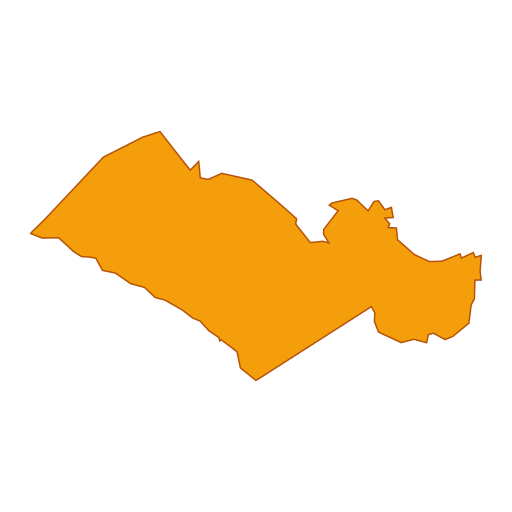 Orangeburg, South Carolina, United States of America
{"feature_id": "52423323B42791453202127", "entity_name": "Orangeburg", "entity_type": "district", "adm_level": 2, "iso_a3": "USA", "parent_name": "United States of America", "parent_adm1": "South Carolina", "projection": "mercator", "projection_center": [-80.709, 33.442], "detail": "fine", "context": "isolated", "style": "filled", "palette": "amber", "viewbox_px": 512, "rotation_deg": 0, "n_neighbors": 0, "source": "geoboundaries", "source_scale": "gbopen_adm2", "svg_char_len": 1178}
<svg xmlns="http://www.w3.org/2000/svg" viewBox="0 0 512 512"><path d="M255.9,380.4L258.9,378.6L371.4,306.6L374.8,312.9L374.4,321.6L378.6,332.1L401.1,342.6L414.0,339.3L426.6,342.7L428.4,334.6L433.4,333.2L445.1,339.6L453.0,336.3L468.9,323.1L471.2,304.9L474.4,298.7L474.9,280.1L481.2,280.0L480.1,271.5L481.3,255.4L475.1,257.3L473.4,252.6L461.5,258.0L460.0,253.9L442.0,261.2L429.5,261.6L414.4,254.6L397.5,239.7L396.4,228.0L388.2,227.6L389.7,223.9L384.9,218.1L393.2,217.5L391.4,207.4L384.9,209.7L378.4,200.8L374.0,201.5L368.1,210.9L356.8,200.0L352.1,198.3L332.0,203.0L329.3,205.2L338.1,210.7L323.7,229.5L323.6,234.3L328.9,242.9L322.7,241.3L310.3,242.6L295.7,224.1L296.6,218.8L281.9,205.7L252.1,180.1L221.7,173.4L208.2,179.4L200.3,177.9L198.7,161.5L190.3,170.1L182.9,160.9L160.0,131.6L154.5,133.3L142.8,137.1L103.4,157.1L92.3,168.9L45.3,218.8L31.4,232.5L30.7,233.5L42.0,238.0L58.7,237.8L73.7,251.7L81.6,256.6L89.6,257.1L95.8,258.2L102.5,270.4L115.3,273.0L130.7,283.7L144.5,287.4L155.1,297.5L164.5,299.9L182.5,310.1L192.7,318.1L200.2,321.1L208.7,330.6L218.9,337.6L219.7,340.9L221.0,339.6L237.0,351.7L240.4,367.9L255.9,380.4Z" fill="#f59e0b" stroke="#b45309" stroke-width="1.5"/></svg>